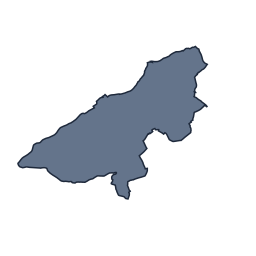 the district of Buza, Cluj, Romania, rotated 137°
{"feature_id": "2599482B62988480086143", "entity_name": "Buza", "entity_type": "district", "adm_level": 2, "iso_a3": "ROU", "parent_name": "Romania", "parent_adm1": "Cluj", "projection": "natural_earth1", "projection_center": [24.153, 46.91], "detail": "fine", "context": "isolated", "style": "filled", "palette": "slate", "viewbox_px": 256, "rotation_deg": 137, "n_neighbors": 0, "source": "geoboundaries", "source_scale": "gbopen_adm2", "svg_char_len": 5794}
<svg xmlns="http://www.w3.org/2000/svg" viewBox="0 0 256 256"><g transform="rotate(137 128 128)"><path d="M208.4,179.9L209.1,179.7L213.4,177.0L214.7,176.7L216.3,176.7L216.7,176.8L219.0,176.9L221.9,177.4L224.0,177.9L225.8,178.1L226.8,178.0L227.9,177.9L228.9,177.7L231.4,177.3L232.2,177.3L232.6,177.2L233.3,176.0L233.5,175.0L233.6,173.8L233.5,173.3L232.1,170.8L230.4,169.7L229.2,169.1L228.6,168.6L226.8,166.3L224.8,164.2L219.8,158.9L219.1,158.1L218.4,157.8L216.7,156.5L216.0,155.8L215.5,155.1L215.2,154.6L215.0,154.0L215.0,153.6L215.1,153.3L215.6,152.3L215.9,151.4L215.8,148.5L215.6,147.3L215.2,145.4L215.0,144.4L214.6,143.1L214.1,141.1L213.8,140.0L213.7,139.0L213.5,138.2L213.2,135.8L213.0,135.2L212.9,134.7L212.6,134.3L211.6,132.9L211.3,132.6L210.1,131.7L209.9,131.5L208.9,130.3L208.4,129.7L207.9,129.0L206.4,127.9L206.0,127.5L205.9,127.2L205.9,126.9L206.1,126.5L206.1,126.3L205.7,125.5L204.6,124.4L204.4,124.0L204.0,123.8L203.5,123.8L202.6,123.5L201.8,122.9L200.8,122.0L200.4,121.5L199.3,120.6L198.7,119.9L197.1,118.3L196.6,117.8L196.3,117.6L195.5,117.4L194.0,117.0L192.1,116.7L190.3,116.0L188.4,114.9L185.8,114.5L183.2,113.9L182.3,113.2L181.0,111.8L178.4,109.3L178.0,109.1L175.9,108.6L174.3,108.3L172.6,107.8L172.0,107.6L171.3,106.9L170.3,106.2L169.9,105.8L169.7,105.3L169.4,105.0L168.2,104.5L167.2,103.8L167.0,103.6L167.0,103.3L167.1,103.0L167.8,102.8L168.3,102.7L168.6,102.8L170.3,103.7L171.3,103.8L171.8,103.8L173.1,103.4L173.9,102.7L174.7,101.5L174.7,101.4L174.4,100.6L175.6,99.7L175.9,99.4L177.3,99.3L178.2,98.7L177.9,97.6L177.1,96.5L176.6,95.4L176.3,94.8L178.6,91.4L178.8,90.5L179.1,89.9L179.8,88.3L180.6,85.9L180.7,85.3L180.4,84.5L178.4,81.5L177.8,80.4L177.7,79.9L177.8,79.1L177.7,77.9L176.4,76.1L173.0,77.9L171.8,79.0L171.5,79.6L171.6,80.1L171.3,80.5L169.5,80.2L169.4,80.5L169.5,81.5L169.3,82.1L169.0,83.0L168.6,83.6L167.9,85.5L167.6,86.3L166.4,87.2L165.7,88.1L164.6,88.9L163.0,88.3L162.7,88.4L162.1,88.2L161.2,87.6L159.4,86.6L159.3,86.4L159.2,86.3L158.7,86.3L156.8,85.5L153.8,84.1L153.1,83.7L152.2,83.2L148.8,81.6L148.1,81.4L146.9,81.8L145.7,82.2L144.2,82.9L143.5,83.3L142.9,83.7L141.4,85.3L141.5,85.4L143.2,86.4L142.6,87.7L141.8,90.2L141.1,91.8L140.7,92.5L140.1,94.4L139.8,95.5L139.4,97.7L138.7,100.0L133.9,99.8L132.2,99.8L128.1,100.2L128.0,101.2L127.7,102.2L126.0,107.3L125.7,108.3L124.1,108.2L123.0,108.4L117.4,110.0L117.1,110.0L117.1,109.5L116.9,109.5L116.0,109.4L115.6,109.5L115.5,109.3L115.6,108.9L115.0,108.8L113.3,108.6L112.3,108.6L112.0,110.2L111.1,110.2L110.0,109.8L109.2,109.6L108.7,109.3L108.8,108.9L109.1,108.0L108.7,107.6L107.4,106.6L106.7,105.9L107.7,105.1L107.4,104.3L106.4,101.0L106.1,99.2L105.9,99.2L105.5,99.2L104.3,99.4L103.9,98.2L104.0,97.0L105.7,91.4L105.6,90.8L104.5,87.8L103.9,87.1L98.6,83.5L98.2,83.2L97.7,82.7L97.3,82.7L94.6,82.5L93.2,82.5L85.6,81.9L85.4,81.9L85.1,82.0L84.7,82.5L83.7,83.1L82.4,84.7L82.0,85.6L82.0,86.0L81.8,86.5L80.9,87.4L80.8,87.6L80.8,88.6L80.3,89.6L77.8,89.1L77.5,90.0L77.0,89.9L75.1,89.6L75.1,89.8L75.0,90.2L72.5,91.5L69.0,94.2L68.7,94.2L67.2,93.6L66.0,93.2L64.1,92.6L62.1,92.2L60.6,92.2L58.2,92.2L57.5,92.2L56.7,92.4L56.3,91.7L56.1,91.2L56.0,90.7L56.0,90.4L55.9,89.9L55.5,89.9L55.4,91.7L55.8,94.3L56.2,96.4L56.3,97.2L56.2,97.9L56.8,100.0L57.2,101.8L57.4,103.7L58.0,105.0L58.3,105.9L58.0,106.0L57.4,106.3L56.1,107.5L54.9,108.4L54.9,108.6L54.3,108.0L54.2,108.5L54.3,108.7L54.5,109.2L54.5,109.4L53.9,109.8L52.6,110.8L51.9,111.1L50.8,111.3L50.0,111.5L48.9,112.4L48.4,113.0L48.1,113.5L47.5,114.6L47.5,114.9L47.2,115.2L46.8,115.9L45.0,119.0L44.9,119.2L44.8,119.6L44.7,119.7L44.1,119.8L42.8,120.0L40.8,119.9L40.7,120.4L40.0,120.4L39.3,120.5L39.1,120.5L38.8,120.7L38.6,120.7L38.3,120.3L37.4,120.3L36.6,120.2L35.6,120.1L34.3,120.1L33.7,120.0L32.9,119.7L31.8,119.6L29.7,119.8L28.7,120.1L26.6,120.5L27.4,122.6L27.5,123.1L27.6,123.8L27.5,125.0L27.4,125.8L27.2,126.5L25.6,129.4L24.6,131.5L24.2,132.6L24.2,132.9L23.6,134.7L23.7,135.0L23.5,135.4L23.2,135.9L23.0,136.3L22.7,136.8L22.4,137.6L22.5,137.8L22.8,138.1L23.0,139.2L23.1,141.7L24.6,142.1L25.4,142.6L25.7,143.0L25.9,143.1L26.2,143.2L27.4,143.4L28.7,143.8L29.0,144.2L29.4,145.0L30.0,145.4L30.6,146.0L31.0,146.4L31.9,146.7L33.3,146.7L35.2,146.8L35.5,147.6L36.4,147.8L37.5,148.3L38.6,149.0L40.9,151.0L43.0,151.7L44.8,152.2L45.4,152.3L47.2,152.6L48.0,152.5L49.4,152.6L50.5,153.1L51.9,153.5L54.6,154.8L56.7,155.0L57.5,155.2L58.5,155.3L60.7,156.2L61.6,156.9L63.2,158.3L65.1,160.7L65.4,160.9L65.2,160.3L65.2,159.6L65.4,159.3L66.0,160.5L66.3,160.6L67.1,161.4L68.3,162.1L69.4,162.5L69.7,161.8L70.4,161.1L71.2,160.4L72.0,160.0L74.4,159.4L75.4,158.8L77.2,158.2L78.0,157.3L78.8,156.8L79.9,156.3L80.5,155.9L81.0,155.8L81.9,155.9L82.5,155.8L83.5,155.6L84.2,155.5L85.4,155.5L87.2,154.9L87.9,154.8L88.6,154.8L89.3,155.0L90.3,154.5L91.5,154.2L92.5,153.8L93.1,153.7L94.7,153.6L96.9,153.2L99.6,153.2L100.7,153.4L101.9,153.8L103.2,154.5L104.8,155.1L106.4,155.7L107.9,156.5L109.5,157.3L110.9,158.2L110.7,158.3L111.7,159.3L115.0,161.5L115.6,161.9L115.8,162.1L117.6,163.5L118.6,164.1L119.7,164.5L120.2,164.6L121.7,164.6L122.0,168.1L123.1,168.0L124.6,168.3L125.1,168.4L125.2,167.5L125.6,167.6L125.6,167.9L125.7,168.1L127.3,168.7L128.3,169.0L128.8,169.0L130.8,168.9L132.9,169.0L133.0,168.6L133.4,168.0L133.9,167.4L134.6,166.9L138.6,167.6L138.9,165.7L144.9,167.3L146.9,167.4L148.5,167.7L149.4,167.9L150.0,168.2L150.2,168.4L150.6,169.1L151.3,169.7L151.9,170.0L152.4,170.1L153.6,170.3L154.0,170.3L158.6,169.9L160.3,169.8L162.7,170.1L163.9,170.2L165.2,170.5L166.1,170.6L168.3,171.5L169.8,171.8L171.0,172.1L173.7,173.2L176.1,174.0L177.1,174.3L178.3,174.3L180.7,173.9L183.4,173.2L185.5,173.1L186.1,173.1L187.4,173.4L192.4,175.0L195.1,176.4L198.1,177.4L199.1,177.5L201.6,177.3L202.2,177.3L202.9,177.6L203.4,177.9L204.9,179.1L206.4,179.6L208.1,179.9L208.4,179.9Z" fill="#64748b" stroke="#1e293b" stroke-width="1.5"/></g></svg>